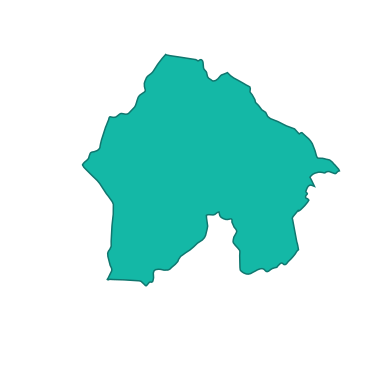 Dien Bien Phu, Điện Biên, Vietnam (orthographic projection), rotated 226°
{"feature_id": "81297802B75517223780643", "entity_name": "Dien Bien Phu", "entity_type": "district", "adm_level": 2, "iso_a3": "VNM", "parent_name": "Vietnam", "parent_adm1": "Điện Biên", "projection": "orthographic", "projection_center": [103.039, 21.414], "detail": "fine", "context": "isolated", "style": "filled", "palette": "teal", "viewbox_px": 384, "rotation_deg": 226, "n_neighbors": 0, "source": "geoboundaries", "source_scale": "gbopen_adm2", "svg_char_len": 4681}
<svg xmlns="http://www.w3.org/2000/svg" viewBox="0 0 384 384"><g transform="rotate(226 192 192)"><path d="M253.3,300.4L253.7,299.2L254.9,296.3L255.7,294.5L255.8,293.3L255.4,289.2L255.8,286.4L256.6,285.1L257.1,284.4L257.6,284.0L258.3,283.8L259.2,283.7L262.3,283.0L264.2,283.3L265.0,283.8L266.9,284.9L267.6,285.4L268.8,285.8L270.9,285.9L272.1,286.0L273.4,286.6L275.0,287.9L277.5,289.9L278.8,290.6L280.3,290.7L281.0,290.4L281.2,290.1L281.5,289.7L281.8,288.2L282.1,287.4L284.6,286.7L296.9,277.4L305.6,270.7L307.0,269.8L307.8,269.2L308.5,268.8L308.8,268.6L309.2,268.6L308.8,263.3L307.7,256.1L305.9,248.5L305.6,246.9L305.6,244.9L306.1,240.6L305.9,238.8L304.4,235.2L303.3,233.2L302.2,232.2L301.0,231.1L299.5,230.2L298.0,229.4L297.1,228.4L297.0,227.7L297.0,227.0L297.3,225.6L297.5,224.3L297.9,221.9L297.8,220.5L297.5,219.1L296.9,217.9L296.0,216.1L294.9,214.2L293.6,211.7L293.0,209.9L292.9,208.4L292.6,201.1L292.9,199.9L293.7,198.7L294.3,198.1L295.2,197.5L297.4,195.9L297.9,195.3L298.1,194.8L298.3,194.0L298.4,193.0L298.6,190.7L299.0,188.8L299.6,188.2L300.1,187.5L301.3,186.5L302.8,185.5L303.1,185.2L303.1,184.4L302.9,183.8L301.9,182.2L300.3,178.6L299.2,176.2L298.6,174.7L298.4,174.4L293.7,165.6L293.0,164.3L292.9,164.1L292.3,163.0L290.2,159.7L288.7,157.6L287.9,156.6L287.6,155.7L287.5,154.5L287.6,152.8L288.9,149.7L290.2,147.8L290.6,146.5L290.5,145.6L289.5,143.5L288.5,141.7L288.0,140.9L287.9,138.9L287.9,138.0L288.1,135.5L288.0,133.7L287.8,132.9L287.8,132.4L287.4,132.1L287.2,131.9L286.5,131.8L284.9,131.4L282.3,131.4L275.3,131.5L271.5,131.6L266.0,131.8L262.2,131.5L257.6,130.6L250.3,129.2L247.1,128.9L240.4,127.9L237.8,126.9L230.7,119.9L228.4,117.1L223.3,111.0L212.8,99.7L209.1,96.2L207.9,93.2L207.4,90.6L206.5,88.8L204.0,86.7L196.1,82.2L193.1,81.2L191.9,80.4L191.0,79.3L190.0,76.4L188.3,71.8L188.0,70.3L187.7,70.3L186.9,70.9L186.4,72.1L183.9,74.4L176.1,82.0L164.7,92.4L163.1,93.3L158.8,93.5L156.9,93.5L156.3,94.1L156.3,94.8L156.5,96.6L156.7,98.7L156.1,99.6L155.2,100.3L154.9,101.4L155.5,102.6L157.0,104.8L160.5,107.8L161.6,109.7L161.5,111.8L159.7,114.3L158.0,115.8L155.2,117.6L152.6,120.5L151.9,122.4L151.9,125.2L151.6,129.8L151.9,133.6L152.8,135.4L153.6,139.1L153.2,141.6L152.7,145.3L151.7,150.4L151.4,155.1L151.4,160.4L150.3,166.1L150.5,169.2L151.4,171.7L155.0,177.4L156.6,179.6L163.1,184.3L165.2,186.1L164.9,187.2L164.0,188.4L160.8,191.3L160.0,192.8L159.7,195.8L158.9,197.5L158.7,197.4L155.9,195.7L154.4,195.3L152.8,195.5L150.7,196.2L148.7,197.3L147.5,198.5L146.6,199.9L146.0,200.9L145.4,201.5L144.6,201.6L143.8,201.1L143.2,200.4L142.4,199.7L141.5,199.4L137.5,197.9L134.8,197.7L133.6,197.4L132.5,196.7L131.9,195.5L131.3,193.6L130.5,190.8L129.2,188.8L127.9,187.2L126.8,186.5L123.8,186.1L119.6,186.0L116.8,185.7L115.6,184.8L113.1,182.1L104.3,174.0L102.3,172.5L101.0,172.4L99.4,172.6L97.8,173.0L96.2,173.7L95.1,174.3L93.7,175.6L92.6,177.5L91.9,180.2L91.2,182.5L90.5,185.2L89.4,187.6L88.3,189.1L87.5,189.6L86.7,190.0L85.9,190.1L84.3,190.1L83.3,190.2L82.7,190.6L82.3,191.0L81.9,192.0L81.7,193.2L81.6,194.6L81.1,196.8L80.5,197.9L80.0,199.0L79.4,199.8L78.9,200.8L79.2,202.7L79.2,205.7L78.9,206.8L78.7,207.1L78.2,207.4L77.7,207.6L76.1,207.7L75.4,208.2L74.8,209.1L74.8,210.6L75.1,212.8L75.1,216.8L75.3,219.6L75.6,222.1L75.8,223.5L76.3,225.2L76.6,226.9L76.5,228.5L79.9,230.8L81.7,231.9L83.3,232.7L102.1,245.1L103.5,245.9L104.1,247.5L104.6,252.0L104.9,254.6L105.0,255.6L104.2,255.5L103.8,257.7L103.8,260.9L103.9,263.9L104.1,265.8L104.4,268.1L105.0,270.4L106.5,270.5L107.5,270.2L108.0,269.8L108.7,269.8L109.5,270.2L110.1,271.0L110.4,272.1L110.4,273.3L110.7,273.8L111.6,274.0L112.4,274.0L113.1,274.1L113.5,274.4L113.8,275.2L114.6,276.8L115.2,278.6L115.4,279.5L115.3,280.7L114.8,281.9L113.6,282.8L111.0,284.0L114.6,285.2L117.3,286.1L120.7,287.1L120.8,287.6L120.9,288.8L120.9,289.9L120.8,291.4L120.2,293.4L118.3,296.9L117.1,298.1L115.3,299.5L114.1,300.2L113.5,300.8L113.2,301.7L113.2,302.6L112.6,303.5L112.1,304.2L111.4,304.9L106.6,307.2L105.8,307.7L105.5,308.2L105.4,308.7L105.5,309.7L105.4,311.4L105.4,311.5L104.8,312.7L106.4,313.3L112.5,313.6L113.8,313.5L115.8,313.7L118.5,313.4L119.5,313.2L121.1,312.2L122.2,311.4L124.1,310.3L125.7,309.2L126.9,308.0L127.7,307.2L128.9,306.1L130.1,306.1L131.5,306.6L136.3,309.2L143.2,312.1L146.2,312.7L149.3,312.9L153.1,312.6L158.3,312.3L158.8,311.8L159.0,311.1L159.2,310.0L159.2,309.6L159.8,309.4L165.7,309.6L166.2,309.6L174.3,305.7L182.5,302.9L190.3,299.4L193.7,298.9L198.1,300.3L202.7,299.3L204.8,299.6L208.2,300.0L212.3,299.9L214.8,301.4L220.1,302.8L222.3,303.0L223.8,303.3L225.8,305.7L227.4,306.6L227.7,306.5L229.1,306.1L231.4,305.3L234.4,304.5L238.8,303.2L245.1,301.2L249.0,300.5L253.3,300.4Z" fill="#14b8a6" stroke="#0f766e" stroke-width="1.5"/></g></svg>